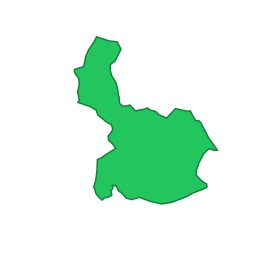 outline of Ila, Osun, Nigeria, rotated 146°
{"feature_id": "59680162B66079212084305", "entity_name": "Ila", "entity_type": "district", "adm_level": 2, "iso_a3": "NGA", "parent_name": "Nigeria", "parent_adm1": "Osun", "projection": "robinson", "projection_center": [4.917, 7.969], "detail": "fine", "context": "isolated", "style": "filled", "palette": "green", "viewbox_px": 256, "rotation_deg": 146, "n_neighbors": 0, "source": "geoboundaries", "source_scale": "gbopen_adm2", "svg_char_len": 1669}
<svg xmlns="http://www.w3.org/2000/svg" viewBox="0 0 256 256"><g transform="rotate(146 128 128)"><path d="M189.3,82.7L186.8,83.3L184.4,82.2L182.2,81.6L179.2,81.2L178.2,82.8L177.4,85.2L176.6,86.0L175.2,85.9L173.8,87.3L173.2,89.2L172.6,89.2L171.7,87.6L170.4,87.6L170.1,87.2L171.0,81.0L170.7,80.3L169.6,77.5L169.6,77.4L168.6,70.6L166.0,67.9L164.8,66.6L164.6,66.4L157.5,64.2L154.5,60.3L150.8,55.0L142.7,46.3L133.8,42.1L129.9,41.1L129.1,41.0L122.3,39.3L117.1,38.2L110.9,37.9L100.3,35.4L95.6,34.8L94.1,37.6L96.1,41.8L97.3,46.8L97.8,51.6L94.6,55.0L93.2,56.0L88.7,59.4L80.1,64.2L72.7,65.6L69.0,61.4L66.3,59.6L66.7,73.8L64.7,92.1L65.1,94.2L67.8,96.3L67.4,102.7L66.8,107.3L69.5,108.8L77.8,117.5L89.8,114.8L90.4,114.8L93.6,119.5L95.2,122.3L95.6,125.8L99.6,130.7L100.7,133.8L104.2,134.6L112.0,138.0L112.4,138.9L113.6,145.9L119.6,148.4L120.5,150.5L121.2,153.1L119.7,155.8L117.7,159.3L117.8,160.2L114.7,166.3L112.7,172.3L112.3,180.2L110.6,185.4L107.3,190.4L101.2,190.8L89.8,197.2L88.8,205.4L95.4,211.2L103.0,221.2L108.5,218.2L116.9,214.9L122.9,211.1L130.4,203.7L139.5,206.4L140.7,205.2L141.4,201.9L141.1,197.2L143.0,192.8L146.4,188.9L149.3,186.4L152.1,180.2L152.5,178.5L155.2,177.1L147.9,167.7L144.4,160.8L145.8,155.3L143.5,148.8L143.1,146.5L140.9,141.7L140.1,140.6L140.7,136.7L142.5,134.6L149.0,132.3L150.9,128.8L149.8,124.0L149.6,120.2L149.6,118.0L152.0,118.1L155.1,118.1L157.3,118.2L160.7,118.3L161.8,118.3L164.1,118.3L165.9,118.3L167.4,118.3L171.1,118.9L171.6,118.1L175.7,112.6L177.4,110.3L180.3,106.8L182.9,103.9L184.1,102.6L184.7,102.1L189.1,98.5L191.3,91.1L190.8,87.3L190.7,85.8L190.3,84.5L189.9,83.1L189.3,82.7Z" fill="#22c55e" stroke="#15803d" stroke-width="1.5"/></g></svg>